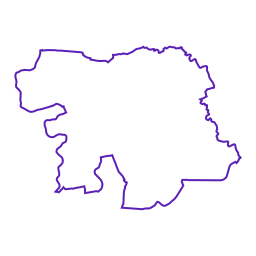 the district of Bang Rachan, Sing Buri, Thailand
{"feature_id": "78962969B85882398949234", "entity_name": "Bang Rachan", "entity_type": "district", "adm_level": 2, "iso_a3": "THA", "parent_name": "Thailand", "parent_adm1": "Sing Buri", "projection": "orthographic", "projection_center": [100.278, 14.891], "detail": "fine", "context": "isolated", "style": "outline", "palette": "violet", "viewbox_px": 256, "rotation_deg": 0, "n_neighbors": 0, "source": "geoboundaries", "source_scale": "gbopen_adm2", "svg_char_len": 5749}
<svg xmlns="http://www.w3.org/2000/svg" viewBox="0 0 256 256"><path d="M207.0,70.6L206.9,69.4L207.1,67.5L207.0,66.7L206.4,66.1L205.9,66.1L202.8,66.6L201.1,67.7L200.6,67.8L200.1,67.7L199.6,67.5L199.0,66.7L196.5,62.2L196.2,61.4L195.8,59.8L195.7,59.6L195.4,59.3L194.9,59.1L194.2,59.3L191.9,60.8L191.5,60.9L191.0,61.1L190.3,60.8L189.6,59.5L189.4,57.9L189.7,57.2L190.6,56.1L190.8,55.4L190.7,54.9L190.1,54.6L189.6,54.5L188.3,54.7L187.1,55.3L186.6,55.3L186.1,55.2L185.5,54.8L185.2,54.4L185.3,53.9L186.2,53.0L186.2,52.6L185.0,52.0L184.7,51.4L183.7,50.8L183.3,49.9L182.0,49.1L181.8,48.7L181.9,47.8L181.6,47.4L181.1,47.2L180.4,47.3L179.6,48.3L178.7,48.2L178.2,48.3L177.5,48.1L176.2,48.5L175.6,48.3L174.6,47.4L172.0,47.2L170.7,46.8L169.4,46.8L169.0,46.9L167.0,48.3L166.6,48.5L166.2,48.4L165.5,47.7L165.1,47.7L163.5,49.0L163.6,50.7L163.4,51.2L163.0,51.4L161.8,51.6L160.2,52.7L158.8,52.9L158.7,52.8L158.6,51.4L158.5,50.8L158.1,50.3L157.5,49.9L156.9,49.7L156.3,49.7L154.8,50.8L154.3,50.8L153.9,50.6L154.2,49.4L154.1,49.1L152.5,49.1L150.9,49.6L150.0,49.6L148.2,49.0L146.7,47.6L144.7,47.9L143.9,47.5L143.3,46.8L141.4,47.9L140.1,48.3L136.5,49.0L135.2,49.8L132.7,51.7L127.3,54.1L126.7,54.1L125.6,53.8L124.8,53.8L123.1,53.4L122.0,54.0L121.0,54.2L118.4,54.1L117.4,54.6L116.2,54.7L115.0,54.9L113.0,54.9L113.2,57.0L113.1,57.9L108.0,62.3L106.7,61.3L105.1,60.8L100.5,61.0L97.9,60.9L90.4,59.5L90.5,58.7L90.5,58.3L90.3,58.1L89.4,58.1L88.7,57.8L87.8,57.7L86.8,57.4L85.4,56.5L84.6,56.3L83.9,55.3L83.3,55.2L83.1,54.1L82.7,53.7L82.8,53.3L82.6,52.8L81.8,52.6L81.3,52.3L60.8,50.6L57.2,50.6L55.5,50.2L47.2,50.1L42.6,50.6L42.3,50.0L40.3,50.4L40.3,52.9L39.3,57.0L35.9,63.3L35.5,64.6L35.0,67.1L34.5,67.9L33.2,68.9L32.4,69.3L31.3,69.8L29.7,70.3L24.5,69.9L20.8,70.6L19.1,71.8L16.9,72.6L16.3,73.0L16.0,73.4L15.5,74.7L15.4,75.9L15.5,77.4L16.2,79.9L16.5,81.8L16.0,85.7L16.1,86.7L16.6,87.6L18.1,88.9L19.3,90.2L20.3,91.8L20.7,92.6L20.4,100.6L21.0,103.1L20.6,106.1L20.9,106.8L21.4,107.2L24.4,108.7L28.5,111.1L30.0,111.7L30.8,111.9L34.0,111.4L37.0,110.0L41.6,109.1L50.4,106.5L51.6,105.9L51.8,105.9L52.1,106.1L56.0,104.0L56.5,103.8L57.1,103.9L58.8,104.4L61.6,105.9L62.4,106.9L63.6,106.4L63.8,107.3L66.1,112.5L63.0,114.0L60.2,114.6L58.4,115.6L57.5,116.4L56.3,118.6L56.0,118.9L55.2,119.3L54.6,119.4L52.5,119.4L50.1,120.2L49.3,120.2L47.7,120.1L46.7,120.2L46.2,120.4L45.3,121.3L44.8,122.1L44.6,122.9L44.7,125.3L44.9,126.4L45.4,127.2L45.7,128.4L46.4,132.9L47.0,134.1L47.7,135.1L48.3,135.8L49.3,136.5L50.1,136.8L51.1,137.0L52.5,137.2L53.3,137.1L54.1,136.8L55.6,135.8L56.9,135.1L58.8,134.3L59.5,134.2L62.5,134.7L64.4,134.8L64.9,134.9L65.8,135.5L66.2,136.1L66.4,136.7L66.4,139.3L66.0,140.9L65.6,141.7L64.9,142.3L63.9,142.6L63.0,143.1L62.3,143.8L61.0,146.0L57.3,149.0L56.8,149.8L56.5,151.3L56.5,152.0L56.7,152.4L58.3,154.3L61.7,157.2L62.5,158.6L62.8,160.6L62.7,162.2L62.4,163.0L61.0,164.9L59.1,166.4L58.4,167.4L58.3,168.2L58.4,169.3L59.2,173.1L59.2,175.0L58.9,175.9L57.3,177.7L56.7,179.3L56.8,180.0L57.0,180.5L59.3,184.4L59.6,185.5L59.6,186.3L59.2,187.6L58.6,188.3L55.5,191.7L56.2,191.9L57.6,191.9L58.9,192.3L63.1,187.9L63.4,187.3L65.0,189.0L65.3,189.2L65.7,189.2L71.9,188.5L72.7,188.7L73.9,188.6L74.9,188.1L81.2,187.0L84.3,186.3L85.0,189.6L85.1,193.1L96.1,191.2L97.5,191.4L98.1,191.7L101.0,189.2L101.8,187.9L102.4,185.2L102.3,183.2L101.3,180.7L100.6,179.7L99.7,178.6L96.0,174.9L95.1,173.9L94.6,171.9L94.7,170.9L95.0,170.2L95.7,169.3L98.1,167.9L98.7,167.5L99.1,166.9L100.0,163.7L100.6,162.6L101.1,161.4L101.1,159.8L100.8,157.3L107.1,156.0L110.9,155.6L112.2,155.2L114.1,160.1L115.6,163.6L115.8,164.5L118.6,171.5L119.6,172.9L120.6,173.7L121.5,175.0L122.6,176.0L123.8,178.4L124.5,179.5L123.9,179.9L123.8,180.0L124.9,181.6L125.4,182.0L126.7,182.3L126.8,182.5L126.4,183.8L126.1,184.9L124.9,186.7L125.2,187.9L124.3,190.0L123.9,192.0L123.4,203.9L123.3,204.3L122.8,204.8L121.8,207.7L142.2,209.2L145.8,208.4L148.4,208.5L150.0,208.2L154.4,205.7L155.5,204.4L157.0,202.0L157.5,201.8L158.5,202.1L159.5,202.8L162.2,205.2L163.2,205.6L164.2,205.8L164.8,205.8L165.3,205.6L167.6,204.5L169.3,203.5L170.3,202.8L171.0,201.9L174.3,199.2L176.3,196.8L180.2,190.6L181.2,188.9L182.0,187.8L182.8,186.3L183.3,185.6L182.2,182.7L181.7,181.8L182.4,179.9L187.0,179.9L187.7,179.9L188.3,180.1L220.8,180.3L222.3,180.0L223.6,179.5L225.1,178.4L226.1,177.4L226.6,176.5L227.0,175.4L229.4,166.9L230.4,165.0L230.8,164.5L231.7,163.9L235.4,161.8L236.1,162.5L236.5,163.0L238.3,160.8L239.1,158.6L240.6,157.9L240.6,157.5L238.9,156.0L238.2,154.1L238.1,152.7L237.4,151.8L236.1,149.4L235.7,148.0L235.3,145.7L235.0,144.6L233.7,144.3L229.7,146.3L228.8,146.4L228.3,146.0L228.0,145.5L227.9,144.6L228.2,142.6L228.2,141.8L228.1,141.6L226.7,141.4L224.4,141.8L223.2,141.8L222.1,141.4L220.7,141.2L219.3,140.7L218.6,140.4L217.6,139.7L217.3,139.0L217.3,137.8L216.5,136.4L216.8,135.5L218.0,134.4L218.2,133.4L216.7,131.9L216.4,131.4L216.6,130.4L217.2,129.0L217.0,127.3L216.4,125.1L215.3,123.8L214.8,122.8L214.4,122.3L213.7,121.9L212.1,121.8L211.5,121.4L211.4,121.1L211.2,119.4L210.9,118.8L210.5,118.5L210.1,118.4L209.6,118.6L208.9,119.8L208.3,120.1L207.8,120.0L206.5,119.4L206.1,118.8L205.9,118.0L206.5,116.1L207.0,115.6L208.2,115.1L208.8,114.7L209.1,114.2L209.0,113.9L208.0,112.8L207.8,112.2L208.3,110.8L208.2,110.1L207.8,109.9L206.8,109.7L206.5,109.4L206.9,107.8L207.1,105.4L206.9,105.1L206.7,105.1L205.5,105.3L205.1,105.0L204.7,103.8L204.3,103.6L204.0,103.6L203.2,104.0L202.8,104.1L201.8,103.9L200.9,103.3L200.5,102.9L200.5,102.5L201.5,101.3L201.8,100.6L201.6,100.4L200.2,99.4L203.9,98.0L206.7,96.4L205.8,94.4L206.0,93.8L205.5,92.8L205.3,91.9L205.6,91.4L206.7,90.2L207.2,89.3L209.3,88.9L212.7,87.8L212.9,87.7L213.2,87.9L213.9,87.7L214.2,85.9L212.9,82.7L211.0,80.1L209.5,77.6L209.1,76.4L208.6,73.9L207.0,70.6Z" fill="none" stroke="#5b21b6" stroke-width="2"/></svg>